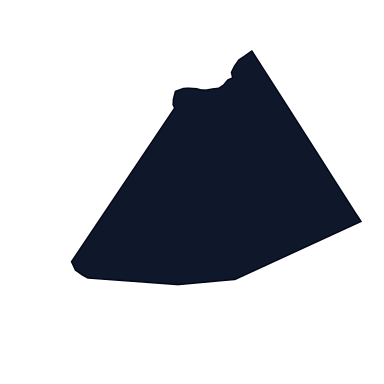 the district of Riachuelo, Rio Grande do Norte, Brazil, rotated 64°
{"feature_id": "56859067B3974475260071", "entity_name": "Riachuelo", "entity_type": "district", "adm_level": 2, "iso_a3": "BRA", "parent_name": "Brazil", "parent_adm1": "Rio Grande do Norte", "projection": "robinson", "projection_center": [-35.891, -5.815], "detail": "fine", "context": "isolated", "style": "filled", "palette": "ink", "viewbox_px": 384, "rotation_deg": 64, "n_neighbors": 0, "source": "geoboundaries", "source_scale": "gbopen_adm2", "svg_char_len": 547}
<svg xmlns="http://www.w3.org/2000/svg" viewBox="0 0 384 384"><g transform="rotate(64 192 192)"><path d="M91.5,76.4L93.1,86.3L93.8,91.8L97.5,98.6L101.8,104.1L107.3,105.4L107.0,110.6L109.7,116.6L110.5,122.5L108.4,128.4L106.6,134.7L104.2,139.2L101.2,142.6L99.1,146.3L97.0,150.0L95.2,154.4L94.3,162.8L100.6,168.1L105.3,170.7L108.9,170.7L201.8,330.8L211.1,331.0L219.0,326.6L223.6,323.3L269.1,245.2L284.4,204.8L289.4,191.8L292.5,53.0L282.9,54.3L232.6,60.1L225.3,60.9L161.7,68.2L91.5,76.4Z" fill="#0f172a" stroke="#020617" stroke-width="1.5"/></g></svg>